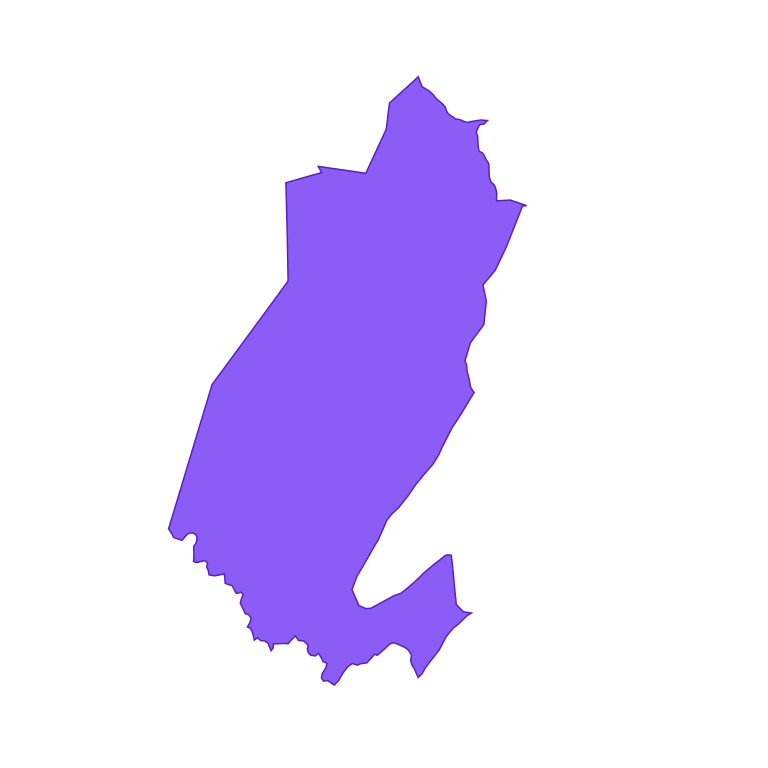 Lagoa do Barro do Piauí, Piauí, Brazil, rotated 21°
{"feature_id": "56859067B46561625908849", "entity_name": "Lagoa do Barro do Piauí", "entity_type": "district", "adm_level": 2, "iso_a3": "BRA", "parent_name": "Brazil", "parent_adm1": "Piauí", "projection": "equal_earth", "projection_center": [-41.549, -8.553], "detail": "fine", "context": "isolated", "style": "filled", "palette": "violet", "viewbox_px": 768, "rotation_deg": 21, "n_neighbors": 0, "source": "geoboundaries", "source_scale": "gbopen_adm2", "svg_char_len": 2828}
<svg xmlns="http://www.w3.org/2000/svg" viewBox="0 0 768 768"><g transform="rotate(21 384 384)"><path d="M244.6,204.4L250.0,209.0L240.3,216.2L220.3,231.3L239.8,278.4L257.6,322.3L232.7,413.4L228.1,430.1L223.7,446.0L234.8,596.4L240.2,600.3L242.6,602.7L251.5,602.3L254.1,594.9L256.3,592.6L259.4,591.5L263.4,592.6L265.1,596.1L265.5,600.0L264.5,603.9L267.8,611.6L269.8,617.9L272.9,618.0L276.1,615.7L280.4,612.9L283.5,614.7L284.0,618.4L286.4,620.6L289.1,624.9L294.6,623.8L303.1,618.5L307.2,627.0L310.7,627.0L314.3,626.6L318.5,630.1L321.2,632.5L325.4,629.6L327.8,630.8L327.8,635.8L328.5,640.3L333.0,644.3L336.7,648.2L340.3,647.8L344.0,650.4L344.3,654.7L343.6,659.8L346.7,660.0L349.3,662.0L352.8,666.6L354.7,669.6L356.7,666.3L361.1,667.8L364.0,666.7L368.4,667.4L371.2,670.4L374.1,673.5L375.1,670.4L374.0,666.1L376.9,665.0L381.0,663.2L383.8,662.0L387.6,660.9L389.1,656.5L391.7,650.9L396.1,654.1L400.9,652.6L406.8,655.0L407.4,658.9L409.6,661.9L412.7,663.5L417.5,662.4L419.3,658.9L423.4,661.9L426.6,665.0L430.9,665.2L431.4,669.8L430.1,676.6L430.9,680.7L434.0,683.1L437.8,681.0L442.9,682.3L445.5,682.9L448.1,676.8L448.5,672.9L449.5,667.6L451.0,662.6L452.3,659.7L454.6,656.3L460.0,656.0L462.1,653.7L464.5,652.4L468.0,650.4L472.2,639.5L474.9,639.7L477.6,634.7L482.8,624.5L485.0,622.5L487.9,621.9L498.0,622.4L501.8,623.6L504.2,625.2L506.9,627.3L507.9,632.5L510.7,636.2L514.4,639.0L521.1,645.8L523.3,641.0L524.6,632.9L530.8,612.7L532.5,598.5L534.0,593.0L536.4,586.7L539.5,581.5L544.6,570.4L547.7,566.5L539.8,568.2L536.4,566.7L530.4,563.9L528.5,559.9L525.1,553.3L519.6,542.2L513.6,530.1L508.2,519.8L504.4,520.7L502.1,522.9L500.0,526.8L496.1,533.1L491.9,540.7L489.1,545.6L485.9,552.8L483.2,558.4L479.0,566.1L477.1,569.5L474.5,573.6L469.2,578.0L452.2,598.0L447.4,600.2L439.9,599.8L427.8,587.4L427.7,573.0L429.9,560.2L433.7,535.3L434.5,531.8L435.5,510.1L437.7,503.0L442.1,493.9L446.5,479.8L449.9,465.6L454.0,453.6L455.9,448.1L458.3,441.9L460.5,430.5L460.8,423.9L462.0,411.8L463.3,399.9L466.8,384.1L469.6,367.9L471.2,359.6L468.9,358.3L465.9,355.7L463.8,352.4L461.7,348.7L459.4,345.7L456.9,342.2L455.4,338.9L453.7,335.6L451.3,333.7L449.9,314.5L455.9,292.7L449.8,269.9L440.9,256.1L447.1,237.9L449.1,212.3L449.5,168.3L453.2,166.4L436.0,167.0L423.4,172.7L420.9,165.5L419.0,162.5L416.2,159.1L411.3,156.8L408.2,153.1L406.8,150.1L404.2,143.7L402.8,140.7L399.2,138.1L396.1,135.2L393.3,133.0L389.4,132.6L387.3,129.5L385.3,125.2L382.6,119.0L379.8,115.8L379.9,112.0L380.5,107.5L384.1,105.6L386.1,101.0L383.2,101.9L380.3,102.6L376.8,104.5L370.9,108.0L368.2,109.9L364.4,110.2L361.5,110.0L358.5,110.2L355.9,111.0L352.9,110.0L349.7,109.5L346.6,108.4L344.2,106.3L342.1,103.6L338.7,101.7L330.6,98.9L325.3,95.8L321.0,94.2L313.2,92.9L305.8,84.9L302.7,91.4L288.4,119.7L294.8,145.4L291.5,193.8L244.6,204.4Z" fill="#8b5cf6" stroke="#5b21b6" stroke-width="1.5"/></g></svg>